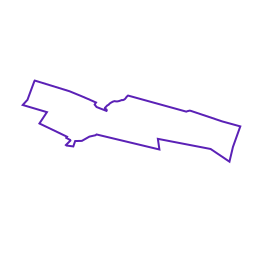 Santo Domingo Chihuitán, Oaxaca, Mexico (Equal Earth projection), rotated 106°
{"feature_id": "50627088B14972424911021", "entity_name": "Santo Domingo Chihuitán", "entity_type": "district", "adm_level": 2, "iso_a3": "MEX", "parent_name": "Mexico", "parent_adm1": "Oaxaca", "projection": "equal_earth", "projection_center": [-95.174, 16.63], "detail": "fine", "context": "isolated", "style": "outline", "palette": "violet", "viewbox_px": 256, "rotation_deg": 106, "n_neighbors": 0, "source": "geoboundaries", "source_scale": "gbopen_adm2", "svg_char_len": 1213}
<svg xmlns="http://www.w3.org/2000/svg" viewBox="0 0 256 256"><g transform="rotate(106 128 128)"><path d="M132.4,21.2L117.3,21.9L95.5,20.5L95.7,39.3L94.2,72.5L94.3,73.5L95.5,75.6L96.2,76.5L96.8,136.9L97.7,137.5L98.6,138.0L100.1,138.5L101.1,139.0L102.0,139.8L102.6,140.6L102.9,141.8L103.4,142.4L104.6,144.1L105.3,145.4L105.7,146.6L105.8,147.5L105.9,148.4L106.3,149.0L106.5,149.3L106.9,149.9L107.8,150.8L108.4,151.4L109.6,152.4L110.9,153.0L112.1,154.2L113.1,154.7L115.0,155.7L115.8,155.6L116.2,155.4L115.9,154.5L116.2,153.7L116.8,153.3L117.2,153.3L117.5,153.4L116.5,164.0L114.7,166.5L112.9,166.0L112.3,165.8L112.1,167.6L111.8,169.4L111.5,171.8L111.3,172.8L111.1,174.3L111.1,174.7L110.9,176.1L110.7,177.9L110.6,178.1L110.4,180.1L110.1,182.5L109.9,184.4L109.7,186.2L108.8,194.3L108.1,230.7L108.7,230.9L119.1,231.7L128.6,232.4L134.0,235.1L134.9,235.5L135.1,210.3L148.1,214.4L148.2,214.1L148.2,213.6L153.2,184.2L154.4,184.7L154.5,184.7L155.3,181.0L155.4,180.3L156.0,179.9L157.8,180.9L161.5,183.0L161.8,182.3L160.8,175.5L157.0,175.3L155.1,175.2L153.1,168.8L146.9,162.7L143.9,157.2L142.9,156.5L142.8,155.1L142.8,154.7L140.0,91.9L130.2,96.3L125.4,42.8L132.4,21.2Z" fill="none" stroke="#5b21b6" stroke-width="2"/></g></svg>